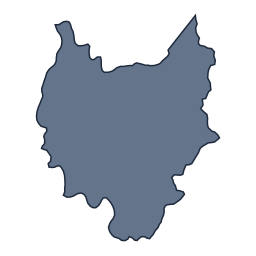 Umburatiba, Minas Gerais, Brazil (Natural Earth projection)
{"feature_id": "56859067B62099334151319", "entity_name": "Umburatiba", "entity_type": "district", "adm_level": 2, "iso_a3": "BRA", "parent_name": "Brazil", "parent_adm1": "Minas Gerais", "projection": "natural_earth1", "projection_center": [-40.673, -17.273], "detail": "fine", "context": "isolated", "style": "filled", "palette": "slate", "viewbox_px": 256, "rotation_deg": 0, "n_neighbors": 0, "source": "geoboundaries", "source_scale": "gbopen_adm2", "svg_char_len": 2762}
<svg xmlns="http://www.w3.org/2000/svg" viewBox="0 0 256 256"><path d="M195.4,15.4L168.1,50.0L169.1,53.7L167.6,56.3L165.3,58.3L162.6,60.7L160.1,63.5L157.6,64.6L154.4,65.5L150.7,65.7L147.8,65.2L145.0,65.2L142.4,64.3L139.6,63.6L136.5,62.9L134.3,63.9L132.4,65.7L130.0,65.5L126.9,65.9L123.8,66.4L120.5,66.4L116.8,67.7L114.7,69.4L112.3,71.1L108.8,72.2L104.3,72.3L102.2,70.5L101.3,66.7L101.2,62.6L101.2,59.9L100.5,57.0L97.3,57.0L94.1,59.5L91.7,59.6L89.7,57.5L89.1,53.3L89.1,50.0L89.7,46.3L87.8,44.1L85.4,45.0L82.8,45.6L78.4,45.9L75.4,43.6L74.5,41.0L74.1,38.2L73.8,35.1L73.0,31.5L71.5,28.4L70.5,24.6L69.2,22.1L66.8,21.3L63.8,21.7L61.1,23.2L59.1,24.6L55.2,24.8L56.3,28.1L57.5,31.1L60.0,34.3L61.4,37.4L62.0,41.0L61.7,44.4L60.9,47.3L58.9,50.3L57.0,53.4L56.4,57.2L56.2,61.2L54.6,64.6L52.8,66.3L51.0,67.7L49.0,69.5L46.8,72.8L45.4,77.5L44.0,81.5L43.0,84.9L41.8,88.2L41.8,91.6L42.7,94.2L42.7,96.9L41.3,100.1L40.1,103.2L38.6,106.6L37.3,110.5L36.8,113.4L36.5,117.0L37.0,120.4L38.7,123.5L41.0,126.2L43.7,127.1L46.5,128.0L46.8,131.2L44.5,134.2L43.8,136.7L44.7,139.6L44.6,143.7L42.4,146.0L41.5,148.5L44.5,149.6L46.7,150.3L48.8,153.2L51.1,156.6L50.6,161.1L48.2,163.5L49.0,167.1L52.5,167.5L54.9,167.1L57.4,165.9L59.7,165.9L61.5,167.8L63.5,171.4L64.5,175.1L64.9,179.8L65.1,184.7L64.7,188.0L64.8,191.8L63.4,195.2L66.7,197.1L70.4,197.0L73.8,195.9L77.4,193.7L81.2,193.0L84.0,194.4L85.8,196.8L86.7,199.7L87.8,203.1L90.3,206.3L93.1,207.7L95.8,207.7L98.4,205.7L100.3,203.0L101.5,200.4L103.1,198.1L106.1,197.6L108.6,200.0L110.6,202.4L112.9,206.3L114.4,210.7L114.6,215.4L113.3,218.3L111.6,220.5L110.0,223.0L108.5,227.2L109.2,230.2L110.2,232.5L112.1,235.1L114.4,237.0L116.8,237.7L119.1,238.5L121.6,240.4L125.1,240.6L127.8,239.1L129.1,236.7L132.3,237.8L134.7,240.2L137.1,240.5L139.0,238.5L141.5,236.7L144.4,236.7L147.1,238.2L149.6,238.7L151.2,236.7L153.3,234.3L155.1,230.9L158.0,227.6L159.5,224.1L161.1,222.2L161.7,219.3L163.4,215.4L164.2,211.9L164.0,208.5L165.3,205.8L167.4,204.7L170.0,204.4L173.7,204.1L178.4,200.9L180.6,199.2L184.4,194.4L183.4,192.0L179.4,190.7L176.6,190.3L175.4,185.7L173.8,183.4L172.8,179.8L171.7,177.5L174.3,174.8L180.2,175.2L182.8,174.4L183.9,170.0L186.1,164.8L188.4,164.9L191.7,163.7L198.3,152.9L200.3,148.1L202.6,146.2L208.2,142.9L211.2,142.6L214.5,142.0L217.3,139.8L219.5,137.9L217.8,134.9L214.7,132.0L212.1,131.3L208.3,127.8L207.5,124.8L207.4,121.0L207.6,118.3L206.9,114.4L203.6,111.7L200.7,108.6L203.0,105.1L202.3,99.2L205.7,98.5L208.4,91.9L210.9,89.9L210.5,87.0L210.3,83.1L207.7,78.0L208.0,72.9L208.6,70.0L210.6,65.6L214.7,64.4L215.3,60.3L213.8,56.0L214.4,51.9L211.6,48.6L207.6,48.1L204.7,46.4L200.1,45.4L198.5,43.6L198.5,41.0L199.4,38.1L197.6,35.5L196.1,32.3L195.7,27.7L197.1,23.9L195.8,19.4L195.4,15.4Z" fill="#64748b" stroke="#1e293b" stroke-width="1.5"/></svg>